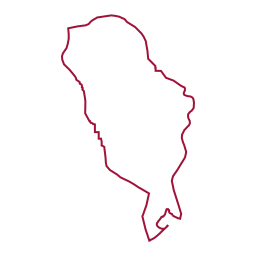 Kotawaringin Timur, Kalimantan Tengah, Indonesia
{"feature_id": "22746128B94284518008212", "entity_name": "Kotawaringin Timur", "entity_type": "district", "adm_level": 2, "iso_a3": "IDN", "parent_name": "Indonesia", "parent_adm1": "Kalimantan Tengah", "projection": "orthographic", "projection_center": [112.934, -2.23], "detail": "fine", "context": "isolated", "style": "outline", "palette": "rose", "viewbox_px": 256, "rotation_deg": 0, "n_neighbors": 0, "source": "geoboundaries", "source_scale": "gbopen_adm2", "svg_char_len": 4383}
<svg xmlns="http://www.w3.org/2000/svg" viewBox="0 0 256 256"><path d="M68.2,28.3L68.6,33.0L68.7,34.0L68.7,39.0L68.0,42.4L67.9,43.4L66.5,48.1L62.9,53.4L62.0,56.2L62.2,59.4L64.0,64.3L69.7,69.9L74.4,75.6L75.2,76.7L75.9,78.0L76.3,79.7L77.7,80.7L79.5,81.9L79.8,82.5L79.7,83.5L80.3,84.1L81.2,84.3L81.6,84.6L82.1,86.8L81.9,87.3L82.7,87.9L82.7,88.5L82.3,89.2L82.7,90.0L83.6,90.6L83.9,91.5L84.3,93.9L85.3,100.2L85.3,101.1L85.4,102.3L85.3,104.8L85.3,107.8L85.2,110.5L85.2,112.0L85.2,113.4L89.2,120.7L89.4,121.1L89.9,121.1L89.9,121.6L90.6,122.4L90.6,122.7L90.7,122.8L91.5,122.8L92.4,123.4L92.8,123.5L93.0,124.0L94.9,124.4L94.9,132.1L98.7,132.1L98.7,138.7L101.0,138.7L101.7,141.8L101.6,145.5L103.5,146.3L104.3,147.0L104.5,148.9L104.6,150.0L105.2,154.7L105.5,157.3L105.7,159.8L105.9,163.1L106.6,166.2L106.9,166.5L109.9,170.0L112.3,171.5L117.2,174.6L120.4,177.3L124.3,179.2L125.6,179.8L129.2,181.5L134.1,184.4L136.8,186.2L139.4,187.9L140.1,188.2L149.0,193.4L146.5,204.9L146.1,206.0L145.9,206.7L143.6,213.1L143.0,214.9L142.6,215.7L142.4,216.4L144.9,226.7L145.7,229.8L147.1,233.9L149.3,240.6L149.8,240.3L150.0,240.3L150.0,240.2L150.4,240.0L150.5,240.0L150.6,239.9L150.8,239.8L150.8,239.7L151.1,239.6L151.3,239.5L151.7,239.4L151.9,239.3L152.2,239.2L152.7,238.9L153.3,238.6L153.9,238.2L154.0,238.1L154.3,237.9L154.6,237.8L154.7,237.7L155.2,237.3L155.4,237.1L156.0,236.7L156.6,236.2L157.3,235.6L157.8,235.1L158.0,235.0L158.4,234.6L159.4,233.8L160.0,233.2L160.3,233.0L160.3,232.8L160.8,232.3L161.6,231.6L162.5,230.7L162.9,230.4L163.0,230.3L163.1,230.2L164.1,229.2L164.7,228.6L164.8,228.6L165.4,228.0L166.8,226.7L167.4,226.2L167.6,225.9L167.4,225.8L167.3,225.7L167.2,225.8L167.0,226.1L167.2,225.9L167.3,225.9L167.4,226.0L167.2,226.2L167.1,226.3L166.5,226.9L166.0,227.4L165.3,228.1L164.8,228.5L164.7,228.6L164.4,228.7L164.2,228.7L164.1,228.8L164.0,228.7L163.0,228.8L162.9,228.8L162.7,228.8L162.1,228.7L161.9,228.7L161.4,228.6L161.1,228.5L160.5,228.3L159.7,227.9L159.4,227.7L159.1,227.5L158.8,227.4L158.4,227.0L158.2,226.9L157.7,226.4L157.5,226.2L157.4,226.0L157.2,225.7L157.0,225.1L156.8,224.8L156.8,224.6L156.8,223.9L156.9,223.6L157.0,223.4L157.1,223.1L157.1,222.9L157.3,222.8L157.6,222.5L157.8,222.1L158.3,221.3L158.4,221.2L158.5,220.9L158.8,220.7L159.6,219.7L160.1,219.0L160.6,218.3L160.9,217.9L161.1,217.7L161.3,217.2L161.5,216.9L161.8,217.0L162.0,217.0L162.2,216.9L162.3,216.9L162.6,216.8L162.6,216.7L162.8,216.4L163.0,216.4L163.4,216.3L163.8,215.9L164.2,215.5L164.3,215.4L164.6,215.0L164.6,214.8L164.7,214.7L164.9,214.5L165.0,214.3L165.0,214.2L165.2,213.8L165.5,212.8L165.6,212.2L165.9,211.4L166.1,210.7L166.3,210.1L166.6,209.2L168.0,209.1L168.2,209.3L168.3,209.4L168.2,209.5L168.3,209.6L168.5,209.8L168.8,210.0L168.9,210.3L169.0,210.4L168.9,210.5L169.0,210.6L169.1,210.8L169.1,211.0L169.1,211.3L169.1,211.8L169.2,212.2L169.3,212.4L169.4,212.5L169.6,212.8L169.8,213.0L170.0,213.1L170.3,213.3L170.5,213.4L171.1,213.7L171.4,213.9L171.6,214.1L171.8,214.2L172.0,214.2L172.0,214.3L172.2,214.6L172.3,214.7L172.4,215.0L172.6,215.4L172.6,215.5L172.6,215.4L173.3,215.9L173.6,216.1L174.4,216.5L175.0,216.8L175.5,217.0L176.6,217.6L176.9,217.7L177.1,217.8L177.3,217.8L177.5,218.0L177.8,218.2L178.3,218.3L178.6,218.3L178.8,218.3L179.0,218.3L179.3,218.5L179.8,218.6L180.1,218.7L181.2,213.8L178.3,204.4L174.2,191.5L173.7,190.1L173.2,187.2L172.2,182.6L171.8,181.0L172.0,180.1L173.0,176.2L174.7,173.8L177.2,170.2L178.0,168.9L185.1,157.3L185.2,156.6L186.2,152.1L186.2,151.9L184.2,145.2L182.8,141.8L182.8,141.6L182.1,139.1L181.9,138.5L181.8,138.0L182.1,134.5L182.2,134.4L183.8,131.2L184.4,130.0L185.8,128.6L186.1,128.2L186.6,127.7L187.7,126.5L188.3,126.0L189.1,125.1L189.9,123.3L189.7,120.8L188.6,118.8L188.0,116.4L188.2,114.2L189.6,112.3L190.8,111.3L191.6,110.8L193.7,107.9L193.8,105.2L194.0,102.9L193.7,101.2L193.5,99.4L192.6,97.7L191.3,96.9L190.6,96.5L187.5,96.1L184.4,95.0L184.3,94.8L183.8,93.9L183.9,92.4L184.8,90.8L184.9,90.5L184.9,88.1L184.3,87.3L183.3,87.0L181.7,86.1L180.3,85.4L178.6,84.1L177.7,83.5L173.6,80.6L166.0,77.8L161.0,70.9L155.6,70.8L155.6,68.5L155.6,67.8L155.3,67.8L155.3,65.9L148.2,58.8L147.3,49.6L147.2,49.5L146.2,43.8L146.0,42.5L145.8,41.2L143.6,36.6L143.2,36.0L141.5,33.5L135.2,27.1L127.0,22.0L124.7,19.2L119.2,16.7L115.0,15.8L111.2,15.4L97.1,17.5L95.5,18.5L92.1,20.5L90.5,21.9L88.7,24.0L85.8,25.3L84.2,25.5L77.5,26.4L69.6,28.0L68.2,28.3Z" fill="none" stroke="#9f1239" stroke-width="2"/></svg>